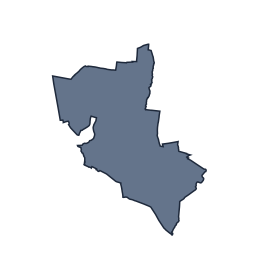 Holboca, Iasi, Romania (Robinson projection), rotated 20°
{"feature_id": "2599482B94460909484624", "entity_name": "Holboca", "entity_type": "district", "adm_level": 2, "iso_a3": "ROU", "parent_name": "Romania", "parent_adm1": "Iasi", "projection": "robinson", "projection_center": [27.678, 47.181], "detail": "fine", "context": "isolated", "style": "filled", "palette": "slate", "viewbox_px": 256, "rotation_deg": 20, "n_neighbors": 0, "source": "geoboundaries", "source_scale": "gbopen_adm2", "svg_char_len": 5714}
<svg xmlns="http://www.w3.org/2000/svg" viewBox="0 0 256 256"><g transform="rotate(20 128 128)"><path d="M129.2,56.2L128.9,55.5L127.3,52.6L126.5,51.7L125.2,49.9L123.2,47.3L122.5,47.4L121.5,47.4L120.2,47.6L119.4,44.3L118.9,42.6L118.8,42.2L118.7,42.2L117.8,42.7L115.6,44.3L114.8,44.8L113.9,45.7L113.0,46.9L111.8,48.2L109.7,50.0L111.8,56.9L112.6,60.0L112.9,61.3L113.4,62.6L109.7,63.9L109.9,64.0L110.0,64.2L110.0,64.4L104.4,66.7L104.3,67.2L99.3,68.7L95.0,69.8L95.1,70.7L95.9,73.8L96.4,76.7L96.6,77.9L93.9,78.6L93.5,78.8L93.0,79.0L89.4,79.8L87.8,80.1L87.3,80.0L84.4,80.5L81.7,81.2L80.5,81.3L79.6,81.5L79.1,81.5L76.3,81.9L73.3,82.6L73.0,82.6L69.5,83.5L69.6,83.8L68.1,84.4L67.4,84.5L66.7,84.3L65.7,85.3L64.9,86.5L64.4,87.3L63.5,88.9L63.1,89.8L62.6,91.3L61.8,92.8L61.5,93.4L60.1,95.7L59.6,96.7L59.8,96.8L58.9,98.3L58.8,98.5L58.5,99.4L57.9,101.2L57.8,101.7L55.4,102.2L39.4,104.9L43.1,111.8L55.1,132.4L61.7,143.9L64.1,142.9L65.3,144.6L65.4,144.8L65.4,145.0L65.6,144.9L67.1,143.6L68.4,142.7L69.7,142.1L70.1,142.4L70.8,143.3L71.2,144.1L71.3,144.7L71.0,145.1L74.0,147.5L82.5,151.8L83.4,151.8L84.0,151.7L84.3,151.5L84.3,151.2L84.2,149.4L84.3,148.7L84.5,147.5L84.4,146.5L85.7,145.8L86.4,144.6L86.8,144.2L87.5,143.4L89.7,140.6L90.6,139.1L90.7,138.8L90.8,137.8L90.7,137.0L90.5,136.1L90.1,134.9L89.4,132.1L89.3,131.0L89.3,129.5L94.4,129.2L94.8,129.1L95.1,130.3L95.2,131.4L95.4,132.1L95.1,134.5L94.8,136.7L94.9,137.6L95.0,139.2L95.4,140.2L96.1,141.5L96.8,142.6L97.5,143.5L98.3,144.3L99.0,145.7L99.2,147.1L99.2,149.7L98.4,150.9L98.0,151.6L97.7,152.1L96.5,152.9L96.3,153.1L96.1,154.5L95.4,155.5L94.9,156.0L94.0,156.8L92.4,157.2L92.1,157.4L91.7,157.9L91.2,158.4L91.0,158.7L90.9,159.3L90.9,159.5L90.7,160.0L86.5,161.7L86.9,162.2L87.5,162.5L89.5,162.5L89.9,162.4L90.1,162.4L90.5,162.6L90.9,163.4L91.5,164.1L91.5,164.3L91.5,164.7L91.7,165.3L91.7,165.7L91.8,165.8L92.5,166.2L93.3,167.1L93.6,167.2L94.2,167.1L94.4,167.2L95.3,168.6L95.6,168.7L96.0,169.2L96.1,169.6L97.5,170.7L97.6,170.9L98.4,173.0L98.7,174.3L98.8,174.6L99.1,174.6L99.0,175.5L99.3,175.5L99.2,177.1L99.2,177.4L100.1,177.4L100.1,177.7L104.2,178.0L104.5,178.2L105.2,177.9L106.5,177.9L107.2,178.2L107.3,176.6L112.4,177.2L112.3,178.0L113.1,178.0L113.9,178.5L114.8,178.9L115.5,178.7L116.1,177.6L122.7,178.4L123.4,178.5L124.1,178.7L134.7,182.3L136.0,182.4L138.7,182.2L138.9,182.3L140.1,182.2L140.4,183.2L140.9,184.0L141.5,184.8L143.0,187.3L144.5,190.1L145.2,191.2L146.3,193.3L146.9,194.8L147.6,194.7L149.6,193.6L150.2,193.5L150.7,193.4L151.2,193.5L153.5,194.2L154.5,194.2L156.3,193.9L157.7,193.9L158.9,194.0L160.2,193.9L168.6,194.0L173.4,194.2L175.2,194.3L176.4,194.5L176.7,194.7L183.4,199.7L188.5,204.2L195.9,209.7L197.8,210.5L198.2,210.8L203.2,212.5L204.3,212.7L206.6,213.8L206.2,213.5L206.1,213.2L206.3,212.4L206.1,211.8L205.8,211.5L204.8,211.3L204.6,211.1L204.6,210.8L205.0,210.1L205.1,209.7L205.2,207.7L205.5,206.2L205.8,205.4L205.7,204.4L206.2,202.9L206.5,202.5L206.5,202.2L206.2,201.4L206.3,200.9L207.0,199.5L207.4,198.9L207.5,198.4L207.6,197.6L207.5,197.4L207.0,196.8L206.9,196.5L206.8,195.9L206.6,195.4L205.9,194.2L205.2,191.6L203.4,184.7L202.8,182.7L201.9,179.8L201.8,179.6L201.9,179.3L202.1,178.8L204.1,176.2L204.5,175.5L204.8,175.1L204.9,174.1L205.5,173.1L207.7,170.1L211.4,164.6L212.5,163.1L212.8,162.3L212.9,161.6L212.8,161.4L212.5,161.0L211.5,160.2L211.6,159.9L211.8,159.2L211.7,158.5L211.2,157.6L211.1,156.7L211.2,156.1L211.3,155.7L211.4,155.3L211.7,155.1L212.1,154.8L212.4,154.8L214.5,154.8L215.1,154.7L215.5,154.4L215.7,154.1L215.9,153.7L216.5,151.8L216.6,151.5L216.6,150.2L216.3,149.4L215.6,149.0L214.8,148.7L214.5,148.5L213.8,147.4L213.8,146.9L213.9,146.6L214.6,144.9L215.1,143.3L215.6,142.6L216.0,142.3L216.0,141.7L215.9,141.0L215.7,140.7L215.1,140.3L214.7,140.3L213.6,140.6L213.2,140.6L206.1,138.9L198.0,136.9L196.1,136.6L195.5,136.6L194.6,136.5L195.1,135.5L193.6,135.3L193.8,134.9L193.4,134.9L194.0,134.1L194.1,133.9L194.2,133.4L195.8,132.0L191.8,132.3L191.8,131.9L183.8,132.5L183.2,131.7L183.0,130.9L182.4,130.1L182.2,129.3L181.7,128.6L181.5,128.1L181.2,127.7L180.6,127.2L180.4,127.0L179.7,123.6L179.1,124.0L171.1,128.6L165.9,131.3L167.4,133.5L165.9,133.8L164.4,133.9L163.9,133.2L162.9,132.1L162.1,130.8L161.4,129.9L161.2,129.4L160.7,128.8L160.6,128.4L160.0,127.7L158.9,126.4L158.1,125.2L157.9,124.9L157.8,124.4L157.7,123.4L156.4,120.2L155.7,118.0L155.4,116.9L154.7,113.8L154.4,111.6L154.3,111.2L153.4,106.9L153.1,106.0L152.2,101.3L144.3,103.2L144.3,103.3L138.3,104.7L138.2,104.8L137.9,104.5L137.7,104.3L137.6,103.9L137.5,103.7L137.8,103.1L137.6,102.9L137.6,102.6L137.5,102.4L137.6,102.2L137.6,101.9L137.7,101.6L137.3,101.2L137.0,101.2L137.0,100.9L136.8,100.6L136.9,100.4L136.9,99.7L137.2,99.2L136.7,98.4L136.5,98.1L136.5,97.4L136.4,96.9L136.2,96.6L136.2,96.1L135.9,95.5L135.8,95.1L135.9,94.6L136.1,94.0L136.0,93.7L136.1,93.1L136.3,92.9L136.2,92.8L136.1,92.6L136.3,92.4L136.6,92.2L136.6,91.6L136.8,91.1L136.8,90.6L136.8,90.1L136.7,89.4L136.7,89.1L136.6,88.9L136.8,88.3L136.4,87.2L136.3,86.6L136.1,86.3L136.0,85.7L135.7,85.5L134.9,84.5L134.7,84.2L133.9,83.1L134.0,82.6L134.2,82.2L134.5,81.9L134.9,81.3L135.0,81.1L135.1,80.9L135.1,80.3L135.0,80.1L134.8,79.9L134.5,79.8L134.2,79.4L134.2,79.2L134.9,78.8L135.0,78.3L134.8,77.9L134.8,77.2L135.0,77.0L134.3,76.0L134.3,75.5L134.2,75.3L133.9,75.1L133.7,74.7L133.6,74.2L133.9,73.6L133.9,73.3L133.7,72.2L133.8,71.7L133.6,71.2L132.7,70.4L132.6,69.8L132.6,69.0L132.0,68.2L131.7,67.4L131.5,67.0L131.5,66.9L131.6,66.4L131.5,66.1L131.5,65.7L131.5,65.4L131.5,65.2L131.4,65.0L131.1,64.3L131.1,64.0L131.3,63.6L131.3,63.2L131.0,62.8L130.9,62.2L130.7,61.9L130.5,60.6L130.5,60.0L130.6,59.8L130.2,59.0L130.2,58.7L130.4,58.5L130.4,58.0L130.2,57.7L130.2,57.4L129.2,56.2Z" fill="#64748b" stroke="#1e293b" stroke-width="1.5"/></g></svg>